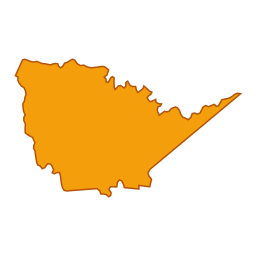 Rio das Antas, Santa Catarina, Brazil (Equal Earth projection)
{"feature_id": "56859067B48029334422149", "entity_name": "Rio das Antas", "entity_type": "district", "adm_level": 2, "iso_a3": "BRA", "parent_name": "Brazil", "parent_adm1": "Santa Catarina", "projection": "equal_earth", "projection_center": [-51.055, -26.911], "detail": "fine", "context": "isolated", "style": "filled", "palette": "amber", "viewbox_px": 256, "rotation_deg": 0, "n_neighbors": 0, "source": "geoboundaries", "source_scale": "gbopen_adm2", "svg_char_len": 2326}
<svg xmlns="http://www.w3.org/2000/svg" viewBox="0 0 256 256"><path d="M15.4,75.7L18.0,77.0L17.9,80.2L19.2,83.2L21.4,86.1L23.9,87.6L25.3,90.3L26.1,94.5L25.0,97.2L24.4,101.3L22.9,103.4L23.0,106.6L23.4,110.2L24.1,112.5L25.2,114.8L23.9,117.2L23.8,120.3L25.4,124.3L25.1,128.3L25.2,132.8L27.6,134.7L30.7,136.5L32.6,137.4L33.6,139.9L34.9,142.7L33.9,145.2L33.6,148.4L35.1,151.2L35.4,154.1L36.0,158.1L36.6,162.1L37.7,165.0L40.0,165.9L42.3,168.7L44.8,167.7L46.1,165.8L47.7,163.7L50.5,164.1L51.9,165.9L53.6,169.7L52.2,172.7L54.2,173.8L57.2,172.5L59.6,172.6L60.5,176.2L61.1,180.7L61.5,184.2L62.6,187.9L64.2,190.4L67.1,191.0L69.8,190.7L97.0,188.6L99.8,190.9L100.8,194.0L103.5,194.0L106.3,194.6L108.9,196.8L110.7,195.4L111.1,192.6L108.9,189.3L110.4,186.8L113.4,186.8L116.8,186.9L117.3,182.5L119.4,180.0L121.7,180.8L123.5,184.4L124.4,187.6L138.9,189.0L138.9,185.4L149.7,186.8L151.5,179.3L149.3,176.5L147.9,173.3L150.0,169.3L240.6,93.7L237.4,93.3L234.6,94.4L232.5,96.2L230.2,97.6L227.9,98.5L225.1,99.0L221.9,99.7L219.9,103.3L218.4,105.9L216.2,106.3L214.5,104.4L212.0,105.2L208.4,106.7L205.6,105.5L203.0,107.1L201.4,110.2L200.1,112.9L197.5,114.2L194.9,113.1L192.3,113.5L190.8,117.4L188.2,119.7L185.3,118.1L183.0,117.4L181.0,114.7L179.4,110.4L177.4,107.8L175.6,107.0L172.5,108.0L170.7,109.2L169.0,111.3L166.7,111.9L164.5,111.3L161.7,113.5L159.3,115.2L157.8,112.1L157.2,109.4L158.1,106.7L160.5,106.0L161.5,103.9L158.9,103.8L156.0,102.2L155.7,99.4L152.6,100.9L150.1,101.7L148.6,100.3L147.2,97.7L148.7,95.6L150.7,94.5L151.9,92.2L149.3,91.0L146.7,88.4L143.9,86.0L143.1,88.5L140.8,90.4L137.8,92.5L136.3,90.0L135.6,86.5L132.5,86.5L130.2,85.6L128.8,83.4L127.7,81.2L125.9,82.4L125.8,86.0L124.4,87.9L122.5,86.9L120.6,85.5L118.3,86.0L116.7,87.9L115.0,89.5L114.2,87.1L114.1,84.1L114.0,80.9L114.1,77.7L112.2,76.6L110.5,78.1L109.5,80.3L108.1,82.4L106.1,81.9L106.0,79.0L104.2,77.0L106.9,75.1L107.7,72.8L108.6,70.0L106.9,68.4L104.5,66.7L102.2,66.4L99.8,66.8L96.8,67.2L94.7,67.4L92.9,67.7L90.9,67.8L89.0,67.4L86.5,66.6L83.7,65.1L80.4,65.6L77.1,63.6L74.8,60.2L72.4,59.2L70.6,60.2L68.7,61.4L67.0,62.4L64.5,63.2L62.9,66.1L60.7,67.8L59.0,66.6L57.7,63.8L55.4,63.5L52.8,64.0L50.5,64.9L47.7,64.3L44.7,63.7L42.1,63.5L40.0,62.7L36.6,61.4L34.3,62.0L32.3,61.9L30.0,61.2L27.2,60.1L24.6,59.3L22.6,59.8L15.4,75.7Z" fill="#f59e0b" stroke="#b45309" stroke-width="1.5"/></svg>